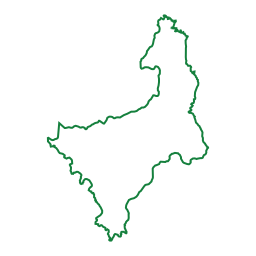 Carrillo, Guanacaste, Costa Rica, rotated 270°
{"feature_id": "36466004B81157491697278", "entity_name": "Carrillo", "entity_type": "district", "adm_level": 2, "iso_a3": "CRI", "parent_name": "Costa Rica", "parent_adm1": "Guanacaste", "projection": "mercator", "projection_center": [-85.608, 10.481], "detail": "fine", "context": "isolated", "style": "outline", "palette": "green", "viewbox_px": 256, "rotation_deg": 270, "n_neighbors": 0, "source": "geoboundaries", "source_scale": "gbopen_adm2", "svg_char_len": 5828}
<svg xmlns="http://www.w3.org/2000/svg" viewBox="0 0 256 256"><g transform="rotate(270 128 128)"><path d="M228.0,174.4L228.2,173.0L228.6,172.4L228.9,173.3L233.4,174.7L234.5,175.8L235.4,175.7L235.3,174.8L234.3,174.2L234.2,173.6L234.5,173.1L235.6,172.6L235.4,171.6L236.5,171.2L237.7,170.2L237.2,169.0L237.0,167.8L237.4,167.7L238.5,168.4L239.0,166.3L240.1,165.9L240.6,164.9L240.6,164.0L240.3,163.7L239.9,163.8L239.4,164.5L239.1,164.6L237.4,164.1L236.7,163.6L236.7,163.1L238.0,161.0L236.4,160.0L235.8,158.6L234.7,158.1L232.0,158.4L231.0,157.6L230.6,157.8L229.8,159.0L227.9,159.6L226.7,159.6L224.6,159.2L223.4,157.7L222.8,155.8L222.2,155.1L220.3,154.4L218.2,154.7L216.7,153.9L212.2,153.0L210.4,152.3L209.6,151.7L209.0,150.1L207.9,149.2L206.1,148.0L204.9,147.0L202.9,146.7L200.6,145.5L199.1,144.0L197.9,143.1L197.2,141.7L196.7,141.3L195.3,141.2L194.3,140.5L188.7,140.7L187.9,141.0L187.3,141.6L187.8,143.5L188.6,144.4L188.8,146.0L188.6,148.4L187.0,151.5L186.8,153.1L187.2,154.1L189.4,155.3L189.6,155.5L189.6,156.5L189.0,158.0L187.1,159.4L185.6,159.9L182.2,159.8L180.3,158.5L177.1,159.0L173.9,159.0L170.6,158.6L167.7,157.8L165.5,157.9L164.4,158.8L162.3,158.8L161.0,158.5L160.2,157.9L160.0,157.5L160.0,156.2L160.7,154.1L160.7,153.3L156.7,150.9L156.0,149.8L154.6,148.6L152.9,148.1L151.5,147.3L149.2,145.1L148.5,143.6L148.5,141.9L148.3,141.5L147.2,140.1L146.7,138.8L145.0,136.7L144.4,134.5L144.3,131.2L142.3,127.4L140.9,123.9L138.5,120.0L138.7,117.7L138.5,116.2L137.8,114.8L137.8,113.9L139.0,112.3L139.3,111.1L139.3,109.2L138.3,107.4L135.8,106.5L132.5,104.2L132.5,103.4L135.2,99.5L135.2,98.9L134.2,98.4L133.5,97.7L133.2,96.0L132.7,94.5L131.8,93.3L131.5,92.2L129.9,90.3L129.1,88.1L128.8,87.6L127.5,87.0L126.8,86.1L126.8,85.7L127.2,85.1L128.1,84.7L128.8,83.1L128.8,82.1L128.4,81.1L128.5,80.0L129.4,78.4L130.2,75.7L129.7,74.1L128.9,73.3L128.2,72.1L128.3,70.7L128.8,68.9L128.0,65.6L128.0,64.7L132.9,59.2L118.9,58.0L117.8,57.5L117.2,56.5L116.9,55.1L116.0,53.5L115.9,52.2L116.6,50.7L118.2,48.4L118.0,47.9L114.5,48.0L113.7,48.9L111.6,50.6L110.7,50.5L109.4,50.8L109.7,52.7L110.4,53.8L110.2,54.6L109.8,54.7L109.1,54.3L107.9,56.3L105.6,58.0L104.4,58.5L102.9,59.7L102.2,62.7L100.7,64.7L100.0,64.7L99.4,64.2L98.7,64.2L98.4,64.5L97.4,66.6L98.0,67.6L98.4,69.5L96.4,71.6L95.3,72.0L92.5,72.2L91.6,70.0L91.1,69.8L88.6,71.0L86.5,70.9L85.2,70.5L84.6,71.0L82.5,71.5L82.1,72.0L82.3,72.6L82.2,73.1L82.9,73.3L83.4,74.0L83.2,74.7L83.5,75.1L83.6,75.7L84.1,76.4L84.2,77.1L84.0,78.2L82.3,80.5L81.1,81.4L80.6,81.4L79.1,80.8L78.1,81.0L75.2,79.8L73.9,80.3L73.4,80.0L72.4,80.5L72.0,81.2L72.4,81.9L72.4,82.6L73.5,82.9L73.9,83.4L74.8,83.4L75.4,83.7L76.8,85.0L77.0,85.9L76.9,86.9L75.7,89.3L72.7,91.2L71.6,91.8L70.2,91.9L69.3,91.3L69.1,90.7L67.4,89.2L65.8,88.7L64.6,90.4L64.5,91.3L63.6,91.4L63.2,92.2L62.9,92.3L63.0,93.3L62.0,93.5L61.7,94.1L58.6,94.1L58.3,94.7L57.8,95.2L55.7,95.2L55.6,96.0L54.3,95.9L53.9,96.9L52.6,97.6L51.3,99.1L50.1,99.6L48.6,100.7L45.3,102.2L43.1,102.1L40.8,100.4L38.1,96.3L37.2,96.1L36.3,97.0L35.6,97.0L35.2,96.8L34.2,95.7L33.4,95.5L32.1,95.5L31.8,98.2L30.6,98.2L29.9,99.3L29.9,99.7L30.8,100.9L30.8,101.7L29.1,103.3L28.6,104.7L28.1,105.4L26.4,105.4L26.0,105.7L25.8,106.1L26.7,107.3L25.8,108.6L24.0,108.8L22.4,107.9L21.9,107.9L21.0,108.6L19.3,109.0L18.5,109.9L17.9,110.3L16.9,110.3L16.8,109.5L16.4,109.3L15.8,109.3L15.5,109.7L15.4,110.6L15.5,111.4L16.8,112.2L17.8,112.5L19.5,113.7L21.3,114.3L22.0,115.1L21.2,117.8L20.2,118.2L19.5,119.0L19.4,120.3L19.7,120.8L21.1,121.0L21.8,120.8L21.9,121.3L23.8,121.2L24.2,121.7L24.2,123.7L22.8,125.8L22.7,126.2L23.0,126.5L24.4,126.5L25.6,125.7L26.6,125.5L27.1,125.1L27.8,124.8L30.2,124.6L30.6,125.0L31.5,124.6L32.6,125.6L33.9,126.0L34.9,126.8L36.2,128.3L38.0,128.7L42.0,128.6L42.2,128.8L43.1,128.7L46.3,127.2L47.2,126.4L48.2,125.9L50.6,126.2L51.7,126.6L56.0,128.9L57.1,131.2L57.8,134.0L59.3,136.4L61.2,137.9L63.9,139.2L65.0,140.8L69.8,144.2L71.1,145.4L71.8,148.7L74.5,151.5L75.6,151.7L77.7,152.7L78.8,152.9L87.3,152.7L88.6,153.3L90.6,155.3L90.7,156.1L91.9,159.1L93.7,160.0L94.3,160.7L94.0,165.3L94.7,166.4L94.8,168.0L96.9,169.6L98.1,169.7L99.6,169.5L100.5,170.0L102.2,171.9L102.2,172.5L103.1,174.9L102.7,178.1L102.1,178.5L101.2,179.8L98.8,181.0L97.3,181.0L93.8,183.0L93.1,184.0L92.0,187.1L91.7,188.9L92.5,190.0L93.3,190.6L94.1,190.8L94.6,190.5L95.3,190.5L96.1,190.8L97.5,192.9L97.6,194.8L97.0,196.7L97.3,197.3L97.9,200.5L97.9,201.9L98.3,202.7L100.8,203.8L101.6,205.3L102.3,205.9L103.5,206.3L105.1,206.2L107.4,207.3L108.2,208.1L108.7,208.0L109.3,206.8L110.3,206.5L111.6,205.3L112.3,205.2L113.9,203.5L115.4,202.9L118.0,202.9L119.8,202.2L123.5,202.5L124.6,202.1L126.8,200.8L127.6,200.7L128.3,200.1L129.8,199.5L130.7,198.3L132.0,197.5L133.4,196.0L136.2,195.3L138.7,194.4L139.4,194.8L140.2,193.9L142.0,193.1L142.4,192.7L143.1,191.0L143.1,189.4L143.8,188.7L144.3,188.7L145.0,189.9L145.3,190.9L145.7,191.3L146.4,191.3L147.1,190.4L147.9,190.2L148.4,190.5L149.0,191.7L150.3,192.7L151.8,191.2L152.6,191.8L153.0,193.5L154.2,194.0L156.7,193.9L156.8,194.9L157.2,195.2L158.4,195.3L159.7,194.8L163.8,195.1L169.1,197.1L170.9,198.2L173.2,198.4L174.6,197.8L176.1,197.9L176.8,197.0L178.1,196.8L179.0,195.9L180.1,195.7L182.0,193.8L182.8,194.3L184.5,194.5L184.4,193.9L183.2,193.0L183.0,192.4L184.5,191.6L184.9,190.8L185.3,190.7L188.1,190.7L188.8,190.9L188.9,191.1L189.3,191.0L190.3,190.0L190.2,188.1L191.8,187.1L192.1,186.3L192.5,186.1L193.8,186.1L195.3,186.4L196.4,186.0L198.8,185.8L208.2,185.9L209.2,186.1L212.5,185.7L215.6,185.6L217.2,186.6L218.3,186.7L218.7,187.3L219.6,187.7L220.1,186.6L220.3,185.6L222.3,184.7L222.2,183.8L222.4,183.6L223.8,183.3L223.2,182.1L223.3,181.3L224.9,181.1L225.6,180.7L225.5,180.4L224.1,180.3L223.8,180.0L224.7,178.2L226.0,177.4L225.0,176.7L224.6,175.8L224.8,175.2L225.2,175.3L226.2,176.3L226.6,176.3L227.7,176.0L227.4,175.1L227.6,173.5L228.0,174.4Z" fill="none" stroke="#15803d" stroke-width="2"/></g></svg>